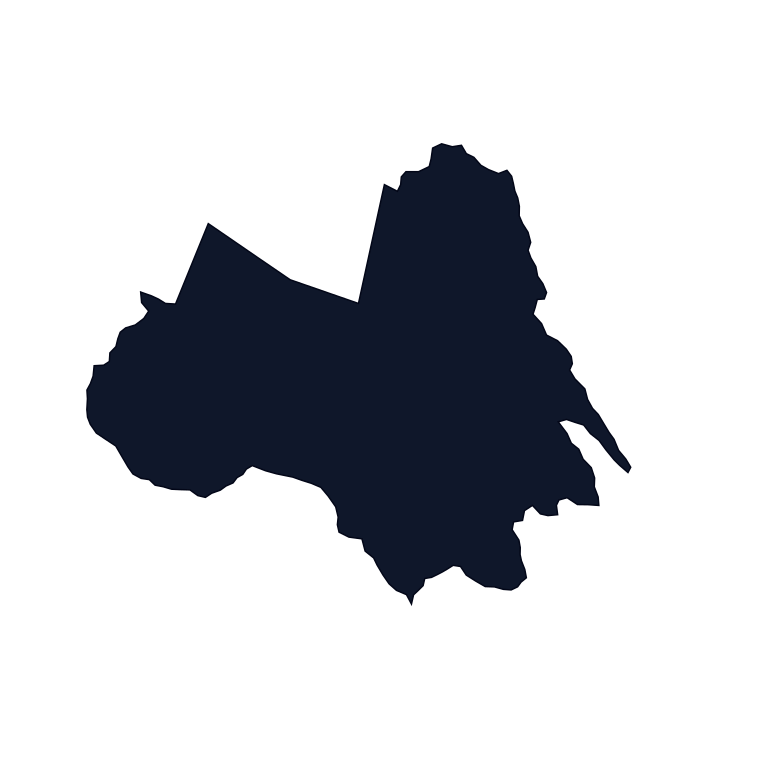 Rancho Queimado, Santa Catarina, Brazil, rotated 314°
{"feature_id": "56859067B14701683367947", "entity_name": "Rancho Queimado", "entity_type": "district", "adm_level": 2, "iso_a3": "BRA", "parent_name": "Brazil", "parent_adm1": "Santa Catarina", "projection": "equal_earth", "projection_center": [-49.09, -27.678], "detail": "fine", "context": "isolated", "style": "filled", "palette": "ink", "viewbox_px": 768, "rotation_deg": 314, "n_neighbors": 0, "source": "geoboundaries", "source_scale": "gbopen_adm2", "svg_char_len": 2403}
<svg xmlns="http://www.w3.org/2000/svg" viewBox="0 0 768 768"><g transform="rotate(314 384 384)"><path d="M609.5,273.9L602.1,268.3L596.8,258.6L587.5,255.1L578.7,261.5L571.8,265.5L560.8,261.4L552.0,252.3L545.0,252.6L539.0,257.5L531.9,259.8L527.7,245.8L424.2,309.7L393.8,244.1L387.1,204.7L377.3,146.2L296.7,178.5L290.1,170.8L288.4,162.8L285.9,155.6L281.1,145.1L274.2,153.1L273.0,164.1L264.3,165.7L253.7,164.1L244.9,159.2L238.0,158.3L231.7,161.1L224.7,165.2L216.0,165.2L209.4,170.8L202.8,169.3L195.8,162.8L187.6,169.3L180.2,172.6L173.3,174.5L167.4,180.9L159.1,188.1L154.2,193.8L151.0,200.7L148.9,211.2L151.0,222.8L153.1,234.1L151.0,241.5L148.8,249.3L146.5,257.5L144.9,265.9L147.4,274.9L152.2,281.6L152.2,289.6L156.7,296.5L160.7,304.2L166.7,311.0L173.0,317.9L174.4,327.6L178.4,334.3L185.7,335.9L194.0,340.0L200.9,341.2L208.0,344.1L214.6,343.3L220.9,345.2L227.2,344.1L233.8,345.9L239.3,359.0L244.7,369.0L249.8,377.0L253.7,383.1L257.7,391.9L262.1,400.7L265.8,410.4L264.6,421.7L262.1,434.6L256.4,443.5L250.4,448.2L246.2,454.6L249.5,465.1L257.3,475.7L250.7,486.5L251.7,497.4L249.0,504.7L245.9,516.0L243.8,526.5L244.2,536.3L248.1,546.5L244.8,556.6L252.9,551.7L258.6,552.0L266.1,552.2L272.4,548.4L277.9,552.5L284.2,554.8L289.6,556.6L295.0,558.1L301.6,559.7L305.9,565.8L303.7,575.9L305.9,586.7L308.6,597.5L314.8,604.4L319.2,612.5L324.2,618.5L330.9,621.0L336.7,620.2L343.5,621.0L348.4,614.1L352.3,605.6L355.9,600.3L361.0,595.6L365.4,589.5L368.2,577.4L374.8,573.0L382.1,578.4L390.5,573.0L399.8,575.1L399.2,586.7L403.2,593.3L410.6,599.7L416.5,592.3L422.1,590.4L429.4,594.7L431.7,606.9L439.2,614.9L445.9,622.9L451.5,616.5L456.1,606.7L462.7,600.8L467.8,591.2L468.2,579.5L472.4,569.4L471.5,559.9L475.5,550.1L477.8,535.6L485.3,539.9L489.3,548.4L493.2,556.1L491.7,566.9L492.8,577.9L490.8,589.5L489.3,602.4L489.2,610.0L489.8,621.0L495.5,619.3L498.0,610.0L499.2,598.9L504.0,587.9L505.5,579.5L508.2,569.4L510.9,559.4L511.3,550.9L514.3,541.2L520.0,531.9L520.3,517.8L523.0,507.8L529.4,505.4L533.9,499.5L535.7,490.9L535.7,478.8L532.1,466.9L536.9,455.4L537.7,442.7L543.8,439.7L551.3,435.5L556.5,440.2L562.7,437.4L566.5,428.6L568.2,419.7L573.9,411.7L576.7,402.1L580.3,394.7L587.8,391.1L593.2,382.2L595.6,372.3L598.9,364.4L605.8,358.0L610.7,351.0L613.7,344.1L618.0,337.9L622.1,331.5L623.1,324.0L614.9,320.2L610.8,310.2L608.6,301.7L609.5,291.2L606.9,283.2L609.5,273.9Z" fill="#0f172a" stroke="#020617" stroke-width="1.5"/></g></svg>